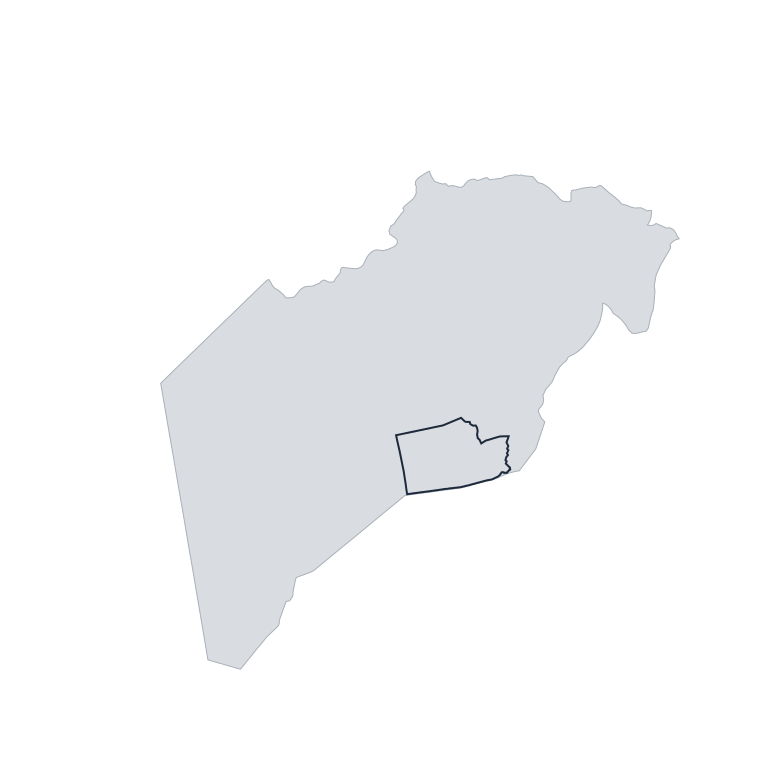 Nord Kanem, Kanem, Chad shown in context, rotated 227°
{"feature_id": "50815135B74780249962770", "entity_name": "Nord Kanem", "entity_type": "district", "adm_level": 2, "iso_a3": "TCD", "parent_name": "Chad", "parent_adm1": "Kanem", "projection": "equal_earth", "projection_center": [14.386, 15.416], "detail": "fine", "context": "in_parent", "style": "outline", "palette": "slate", "viewbox_px": 768, "rotation_deg": 227, "n_neighbors": 0, "source": "geoboundaries", "source_scale": "gbopen_adm2", "svg_char_len": 6185}
<svg xmlns="http://www.w3.org/2000/svg" viewBox="0 0 768 768"><g transform="rotate(227 384 384)"><path d="M536.8,221.2L537.2,238.7L537.6,256.3L537.9,273.9L538.3,291.5L538.6,309.1L538.9,326.8L539.3,344.5L539.6,362.2L539.7,368.0L539.3,370.4L539.2,370.7L538.6,371.1L531.6,369.4L528.5,369.4L524.2,370.7L517.9,371.3L513.8,371.1L511.0,374.2L508.8,377.9L510.0,386.7L509.8,389.6L509.0,392.6L507.1,395.2L505.2,397.3L504.1,399.1L502.7,403.1L501.7,405.0L501.8,407.5L501.5,410.1L500.3,411.5L497.4,412.5L495.5,413.7L494.0,415.6L493.0,417.0L493.6,418.8L494.3,421.3L494.8,425.3L495.1,427.6L496.6,429.5L497.5,430.8L497.8,432.5L497.0,433.8L493.4,436.7L492.0,437.8L490.4,439.2L489.7,439.8L487.1,442.5L485.8,444.9L485.2,446.9L485.3,449.7L486.7,453.8L488.2,457.4L488.8,460.0L489.1,462.9L489.0,465.7L488.3,468.1L487.0,470.3L482.1,474.3L479.7,478.8L477.8,484.3L477.3,487.2L477.9,489.2L478.9,490.9L480.4,491.7L482.6,492.0L486.1,491.1L489.5,490.5L493.0,492.4L494.9,497.0L494.2,500.3L495.6,506.4L496.9,513.7L496.9,516.2L497.4,517.1L499.6,517.6L500.1,519.3L499.5,532.1L500.6,535.7L502.1,538.3L503.8,539.6L505.5,541.3L506.4,542.5L508.3,542.8L510.6,545.2L511.2,548.3L511.1,551.3L509.9,557.8L508.9,562.2L507.6,561.9L505.0,560.8L501.8,559.9L497.9,559.1L494.2,560.9L490.3,563.2L489.0,565.0L487.9,566.0L486.2,565.8L484.5,566.1L483.7,567.7L482.2,569.6L476.5,573.3L475.3,574.7L474.6,576.1L474.6,577.6L475.2,580.6L475.2,584.4L474.0,587.5L472.5,589.6L470.8,590.4L469.4,590.8L468.5,592.1L465.5,599.1L464.2,600.4L461.6,600.2L454.0,610.7L453.3,613.8L450.6,618.2L447.1,623.1L443.9,625.4L443.7,626.3L442.9,627.3L440.9,628.3L434.2,634.3L426.2,634.0L422.6,636.4L419.2,637.4L414.1,638.6L412.6,638.5L406.1,638.9L398.5,638.8L395.6,639.6L392.8,641.9L390.8,643.9L390.5,644.5L390.8,645.4L390.7,646.0L396.1,650.9L397.4,653.3L396.1,655.6L395.5,655.9L395.4,656.1L394.5,657.9L391.4,663.4L386.7,669.9L384.3,671.7L383.3,673.0L382.1,677.3L381.2,677.9L378.0,678.4L371.5,678.9L362.6,680.3L357.2,680.8L353.9,680.4L349.2,683.4L347.5,684.1L346.5,684.4L341.8,687.3L338.0,691.7L336.6,692.6L331.2,694.5L329.0,697.6L328.0,697.8L324.5,693.8L322.1,690.1L320.9,686.3L320.8,685.1L320.1,685.4L318.2,687.0L316.6,688.9L315.8,692.5L310.2,694.9L305.4,697.0L303.2,699.6L299.8,700.9L295.5,700.4L292.2,699.3L288.9,698.9L290.5,695.7L291.1,693.2L291.2,690.3L291.0,688.3L289.0,687.3L287.8,685.7L285.0,676.3L282.1,666.7L278.0,657.2L273.5,651.2L270.3,647.5L269.3,647.1L267.6,645.9L266.5,644.8L260.6,638.4L254.5,631.2L253.0,627.9L249.9,623.0L246.5,618.0L244.7,615.7L243.9,611.6L246.3,607.8L248.8,603.1L251.9,600.0L255.9,599.8L262.5,601.1L269.6,601.5L276.6,600.5L278.4,599.9L280.2,599.9L284.0,601.0L290.6,600.8L294.0,598.9L290.3,595.6L286.4,590.5L282.7,584.8L280.4,579.7L278.4,573.1L276.5,565.0L275.3,554.4L275.5,548.5L276.1,544.2L278.1,537.3L276.7,533.2L277.0,529.9L276.8,525.1L276.2,522.6L273.6,514.5L273.1,513.7L270.8,508.1L269.8,498.8L267.3,492.6L263.2,489.7L260.8,486.0L260.0,479.7L258.4,478.0L251.9,475.8L246.6,475.7L242.6,468.5L237.6,459.3L233.0,450.7L230.0,433.6L228.3,423.7L230.3,420.8L234.1,413.8L239.0,400.4L250.0,379.8L255.6,369.2L266.8,353.5L280.5,334.2L288.2,323.3L289.4,303.5L290.7,282.6L291.6,266.8L292.8,248.2L293.8,232.6L294.5,221.2L295.5,205.2L296.4,202.1L301.7,189.5L302.2,187.8L301.2,185.7L293.5,175.1L291.1,172.7L289.8,167.2L291.7,164.0L282.5,146.2L280.3,144.0L279.3,141.8L279.1,138.6L279.0,126.3L276.5,107.0L273.3,84.5L283.9,78.1L292.0,73.3L302.3,67.1L311.9,73.4L325.8,82.6L339.7,91.8L353.7,101.0L367.6,110.2L381.6,119.4L395.7,128.6L409.7,137.8L423.7,147.1L437.8,156.3L451.9,165.5L466.0,174.8L480.2,184.1L494.3,193.3L508.5,202.6L522.7,211.9L536.8,221.2Z" fill="#d9dde1" stroke="#a8b0b8" stroke-width="1"/><path d="M334.3,355.5L334.2,355.4L324.2,349.6L306.6,338.8L301.8,335.5L296.6,332.0L291.4,328.3L289.3,326.9L287.6,325.8L285.0,329.5L284.5,330.2L284.0,331.0L283.9,331.1L282.9,332.5L282.3,333.2L282.2,333.4L281.9,333.8L281.8,334.0L281.4,334.6L281.1,335.0L280.7,335.6L280.1,336.4L279.8,336.9L278.3,338.9L277.1,340.6L274.5,344.2L274.4,344.3L274.2,344.6L273.0,346.4L271.9,347.9L271.8,348.1L271.7,348.3L269.3,351.6L268.9,352.3L268.7,352.6L268.3,353.1L267.6,354.1L266.8,355.3L266.5,355.8L265.2,357.6L264.1,358.9L263.8,359.3L263.6,359.7L263.5,359.9L263.1,360.4L263.1,360.5L262.7,361.1L262.3,361.6L262.0,362.0L261.1,363.1L260.8,363.5L260.7,363.7L260.6,363.9L260.2,364.5L259.9,364.8L259.6,365.2L258.1,367.2L257.9,367.6L257.7,367.8L257.0,368.7L256.3,369.7L256.2,369.9L256.1,370.0L255.3,371.5L254.4,372.9L254.3,373.1L254.1,373.5L253.9,373.8L253.8,374.2L253.8,374.3L253.6,374.5L253.1,375.3L253.0,375.5L252.9,375.6L251.8,377.5L251.7,377.7L251.7,377.8L251.5,378.2L251.3,378.6L251.1,379.0L250.8,379.6L250.2,380.7L249.4,382.1L249.0,382.9L248.4,384.1L248.2,384.4L248.1,384.7L247.9,385.1L247.8,385.4L247.7,385.5L247.4,385.9L247.3,386.1L246.2,388.2L246.2,388.3L245.8,389.0L245.5,389.5L245.3,390.0L245.1,390.4L245.0,390.5L244.9,390.6L244.8,390.9L244.8,391.0L244.6,391.3L244.1,392.2L243.8,392.8L243.4,393.5L243.0,394.1L242.9,394.3L242.7,394.4L242.7,394.6L242.5,394.9L242.3,395.2L242.0,395.6L241.9,395.8L240.9,397.3L240.7,397.6L240.6,397.8L240.4,398.5L240.3,398.9L240.2,399.1L240.1,399.3L239.9,399.8L239.7,400.8L239.6,401.0L238.7,403.7L238.7,403.9L238.6,404.0L238.5,404.3L238.5,404.5L238.5,404.9L238.5,405.0L238.5,405.8L238.5,406.2L238.5,406.5L238.5,406.9L238.6,407.1L238.7,407.8L239.0,409.2L239.1,409.3L239.1,409.9L239.1,410.1L238.8,410.4L238.7,410.5L238.4,410.8L238.2,410.9L237.9,411.2L237.8,411.3L237.3,411.1L237.2,411.1L236.0,412.5L235.9,412.7L235.6,412.9L235.4,413.2L235.1,413.5L235.1,413.8L235.5,414.4L235.6,414.5L235.5,415.5L235.6,416.1L235.6,416.4L235.7,416.9L235.4,417.2L235.0,417.6L234.8,417.8L234.7,417.8L236.7,418.5L237.0,419.1L238.2,419.0L240.6,418.9L242.7,418.8L243.8,421.0L244.7,420.9L245.5,420.9L247.1,423.5L247.5,426.2L249.4,426.6L250.9,429.9L251.8,429.9L252.7,429.9L253.9,432.6L255.4,433.1L257.7,433.7L259.6,437.5L260.2,438.4L260.8,439.5L263.1,437.0L266.6,433.0L269.5,427.3L271.3,423.5L273.2,419.9L274.2,414.6L278.3,415.9L280.3,415.6L283.6,417.6L285.6,420.3L288.5,422.2L291.1,422.8L292.8,420.7L295.8,419.8L297.8,420.8L300.6,417.9L302.1,417.5L306.7,417.3L313.5,398.9L338.3,357.9L334.3,355.5Z" fill="none" stroke="#1e293b" stroke-width="2"/></g></svg>